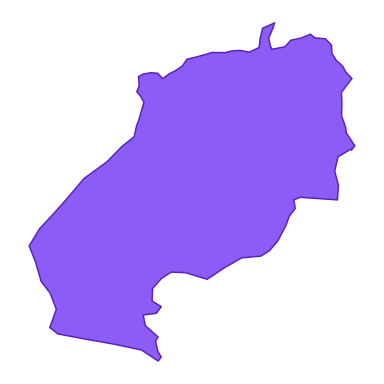 outline of Pano Archimandrita, Paphos, Cyprus
{"feature_id": "46923920B12228017617298", "entity_name": "Pano Archimandrita", "entity_type": "district", "adm_level": 2, "iso_a3": "CYP", "parent_name": "Cyprus", "parent_adm1": "Paphos", "projection": "equal_earth", "projection_center": [32.671, 34.738], "detail": "fine", "context": "isolated", "style": "filled", "palette": "violet", "viewbox_px": 384, "rotation_deg": 0, "n_neighbors": 0, "source": "geoboundaries", "source_scale": "gbopen_adm2", "svg_char_len": 1372}
<svg xmlns="http://www.w3.org/2000/svg" viewBox="0 0 384 384"><path d="M158.1,361.0L161.2,357.0L157.8,351.3L155.5,341.0L158.1,337.0L145.3,325.6L143.2,315.0L156.3,313.3L161.2,306.7L152.1,301.0L152.6,288.4L161.5,278.4L171.2,272.1L185.5,272.7L207.2,279.3L224.1,267.9L241.6,257.9L260.9,256.1L269.5,250.7L275.2,243.9L277.9,240.7L286.0,225.3L289.3,216.2L295.3,208.4L293.8,199.9L300.3,197.3L337.4,199.9L338.4,185.3L334.7,171.1L338.0,156.8L350.9,149.1L351.6,150.0L353.9,147.0L354.8,146.0L352.3,142.0L350.1,138.6L346.4,133.3L345.7,127.8L343.6,121.4L341.6,116.2L341.9,101.2L341.4,92.7L346.7,85.2L351.9,78.6L345.6,71.8L342.7,66.2L336.2,60.3L331.9,53.4L331.5,45.1L325.5,38.9L318.8,38.2L314.7,37.8L313.3,36.7L310.5,34.2L301.3,38.0L291.0,40.2L284.8,46.8L271.8,49.3L270.4,45.9L268.7,38.2L273.3,27.2L274.4,23.0L262.6,28.2L260.2,38.4L259.1,47.5L249.4,52.1L239.7,50.4L231.5,51.0L225.2,52.6L211.8,52.5L206.8,54.1L192.8,57.9L187.1,59.2L182.3,66.0L175.1,70.9L169.6,73.5L162.9,78.6L157.6,73.3L151.2,72.7L143.4,74.0L138.5,76.6L139.2,85.7L136.8,91.7L141.0,96.9L143.9,102.3L141.2,111.7L138.5,120.8L136.7,125.4L134.1,136.8L131.5,138.9L121.6,146.8L107.2,161.6L84.0,178.5L67.6,197.9L54.5,212.7L39.4,229.0L34.0,238.0L29.2,245.9L35.7,262.4L41.2,281.6L50.1,293.0L56.3,309.3L49.8,327.5L57.8,333.9L86.9,339.4L113.1,344.0L141.5,350.0L158.1,361.0Z" fill="#8b5cf6" stroke="#5b21b6" stroke-width="1.5"/></svg>